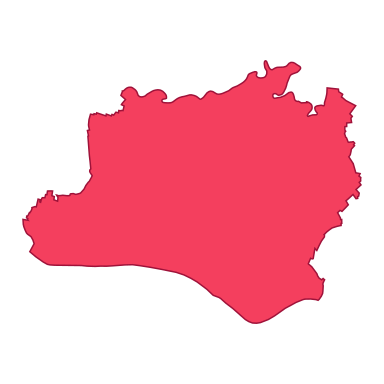 Dong Anh, Ha Noi, Vietnam
{"feature_id": "81297802B58266448529829", "entity_name": "Dong Anh", "entity_type": "district", "adm_level": 2, "iso_a3": "VNM", "parent_name": "Vietnam", "parent_adm1": "Ha Noi", "projection": "mercator", "projection_center": [105.849, 21.137], "detail": "fine", "context": "isolated", "style": "filled", "palette": "rose", "viewbox_px": 384, "rotation_deg": 0, "n_neighbors": 0, "source": "geoboundaries", "source_scale": "gbopen_adm2", "svg_char_len": 5822}
<svg xmlns="http://www.w3.org/2000/svg" viewBox="0 0 384 384"><path d="M132.6,264.7L140.2,265.7L150.4,267.3L160.2,269.1L176.1,272.3L183.9,274.9L190.7,278.2L197.2,282.0L206.9,289.3L213.2,295.3L219.1,297.5L220.9,298.7L225.9,303.2L232.6,308.3L245.3,319.5L248.8,321.6L252.5,323.0L256.6,323.2L260.4,322.6L268.4,319.5L274.5,315.9L285.2,308.3L296.1,302.4L303.0,299.6L305.0,299.1L310.6,299.0L316.0,299.6L318.1,300.3L319.2,299.3L321.3,296.3L322.6,293.5L322.9,291.1L323.2,285.8L322.9,284.2L323.1,283.0L324.2,280.5L324.6,279.8L323.1,278.5L321.7,279.8L319.2,278.2L317.7,276.0L316.9,273.7L311.8,266.8L309.7,265.0L308.5,264.2L308.3,263.7L310.6,258.3L311.4,258.7L312.3,258.9L312.9,258.8L313.2,258.6L314.9,248.4L316.8,250.5L319.4,245.0L321.4,241.1L324.4,236.9L324.5,234.9L324.1,234.6L326.8,231.9L329.7,229.6L332.2,227.9L336.9,226.4L339.9,225.7L341.1,225.5L341.1,223.4L341.8,223.3L341.7,219.5L340.6,219.6L340.4,217.9L337.6,212.7L340.0,210.4L342.0,211.4L345.8,207.5L348.3,204.8L346.0,200.8L348.0,199.1L353.0,194.5L356.0,198.7L357.7,198.4L357.6,196.6L358.7,196.1L359.2,193.1L356.0,189.5L361.0,184.9L359.2,182.3L360.7,181.0L360.6,179.2L360.8,177.5L359.0,176.1L360.1,173.6L355.8,172.8L353.2,163.6L348.8,156.8L349.7,155.7L350.3,154.6L351.1,151.0L351.2,149.7L351.5,149.0L354.5,145.7L353.6,144.8L354.7,143.2L354.2,142.6L353.3,141.7L352.4,141.8L351.7,142.0L350.5,142.0L348.8,142.3L348.1,142.0L346.6,138.0L346.1,137.4L345.7,137.2L345.5,136.7L345.1,135.1L344.6,134.1L344.5,133.7L344.9,133.0L344.9,132.2L345.1,131.8L345.7,131.4L345.7,131.2L345.2,130.7L344.9,130.0L344.8,127.0L344.9,126.6L346.7,126.5L346.7,123.0L351.6,122.5L351.0,119.0L351.0,118.4L351.1,117.9L352.3,116.4L351.9,115.9L349.8,113.8L355.7,105.7L348.0,101.7L345.8,100.5L342.8,97.9L342.2,97.5L341.8,97.4L341.5,97.0L342.7,94.3L342.5,94.1L338.8,91.8L338.7,91.5L338.4,89.1L327.1,87.9L326.9,92.9L326.6,94.8L325.9,98.0L325.3,100.0L324.5,102.7L324.4,104.9L324.2,105.4L324.0,105.7L323.5,105.8L321.7,105.3L320.6,105.3L317.0,105.9L315.6,106.6L315.0,107.2L314.8,107.8L314.9,108.8L315.3,110.3L316.2,111.8L317.1,112.8L317.3,113.5L317.1,114.2L316.6,114.7L315.9,114.8L312.7,114.9L309.3,115.9L308.6,116.3L308.2,116.4L307.7,116.2L307.4,115.6L307.7,114.7L308.6,113.2L310.7,110.9L311.5,109.8L312.0,108.7L312.1,107.3L312.0,106.0L311.4,104.6L310.8,103.9L309.3,102.8L307.9,102.1L307.4,101.9L306.7,101.8L306.9,102.6L301.3,102.9L298.5,101.3L297.2,101.4L296.6,101.2L295.8,100.8L295.1,100.2L294.6,99.3L294.1,96.7L293.4,94.3L292.6,92.9L291.9,92.3L291.5,92.2L291.0,92.1L288.8,92.6L284.8,95.6L280.6,97.3L277.3,97.8L274.9,98.3L274.5,98.3L274.1,98.1L273.6,97.8L273.2,97.2L272.8,96.2L272.9,94.9L273.3,94.1L273.9,93.8L274.8,93.6L275.9,93.8L276.7,94.2L277.6,94.9L278.7,95.3L279.9,95.0L281.4,94.6L282.5,93.8L283.6,92.3L285.7,88.1L286.5,85.6L287.1,83.1L289.8,76.3L290.5,75.3L291.4,74.5L293.2,73.7L297.1,72.3L298.6,71.1L299.9,69.6L300.5,68.7L300.6,67.9L300.3,67.1L299.7,66.4L297.4,65.0L294.9,63.3L293.4,62.6L291.9,62.4L290.9,62.4L290.1,62.8L289.0,63.4L287.7,64.9L286.5,66.1L285.3,66.6L283.3,67.1L278.0,67.3L276.9,67.4L275.0,68.1L272.3,69.7L271.7,69.7L271.1,69.6L270.3,69.1L269.6,68.4L268.7,66.7L266.6,61.5L266.1,61.0L265.6,60.8L265.0,61.0L264.6,61.5L264.4,62.4L264.3,63.8L264.7,66.6L264.9,67.7L265.5,68.9L266.5,70.5L266.8,71.3L266.8,72.8L266.7,74.1L265.5,76.5L264.2,77.4L262.7,77.8L260.7,78.0L259.2,77.8L258.1,77.5L257.1,76.8L256.7,76.3L256.4,75.6L256.4,75.0L256.9,73.3L256.9,72.7L256.7,72.2L256.1,71.8L254.9,71.7L252.8,72.3L249.9,73.5L248.8,74.2L248.2,75.0L247.4,77.1L246.3,79.2L245.0,80.7L243.4,82.2L241.3,83.6L237.4,85.9L233.1,87.6L231.9,88.3L228.8,90.7L223.1,93.2L221.3,93.8L219.2,94.2L218.4,94.2L217.0,94.0L215.8,93.4L213.0,91.7L212.1,91.4L210.5,91.1L209.8,91.3L208.9,91.6L207.0,92.9L203.6,97.2L202.5,98.1L200.8,99.2L200.4,99.2L199.8,99.0L197.0,96.8L196.0,96.2L194.2,95.5L191.6,94.9L189.8,94.9L188.2,95.3L186.9,95.7L184.2,96.4L182.0,96.8L179.4,97.6L177.4,98.6L175.8,99.7L173.0,101.8L171.9,102.4L170.3,102.8L168.0,102.9L165.7,102.8L163.8,102.6L162.8,102.3L162.3,101.9L161.9,101.1L161.9,100.3L162.3,99.7L163.0,99.2L165.6,98.7L166.4,98.3L166.5,97.1L166.3,95.8L165.9,94.8L165.1,93.7L164.3,92.8L162.7,91.3L160.6,90.2L159.0,89.9L157.6,89.8L155.5,90.1L153.6,90.6L151.9,91.4L147.5,94.0L146.4,94.8L145.5,95.8L143.8,96.5L142.1,96.9L141.0,96.9L139.6,96.6L138.2,95.4L137.9,94.7L137.5,93.6L136.8,91.8L135.9,90.5L134.9,89.5L132.5,87.8L131.4,87.3L130.0,87.2L128.3,87.4L126.9,88.0L125.4,89.1L123.8,90.6L123.1,90.9L122.3,91.0L122.4,91.6L120.9,95.4L125.5,99.5L122.1,103.5L121.4,104.7L124.1,106.0L123.0,110.6L121.8,110.4L121.1,110.7L120.3,110.7L118.8,110.5L118.5,112.8L115.9,112.2L113.7,115.1L112.0,114.4L111.3,115.9L106.3,114.1L105.9,115.9L96.7,112.8L96.3,114.1L94.0,113.7L93.8,114.7L90.5,114.2L89.0,119.6L88.5,124.7L88.6,126.1L89.5,130.0L87.4,130.5L88.5,135.9L87.9,136.2L89.4,155.6L90.1,161.7L90.8,168.9L89.8,170.1L89.7,171.3L90.1,172.5L92.2,175.7L91.3,177.6L89.3,181.3L88.3,182.2L85.9,185.4L84.0,189.2L80.7,192.9L80.0,193.3L78.7,193.7L76.2,194.3L75.3,194.3L73.5,193.6L72.9,193.6L70.7,193.8L70.3,194.0L70.1,194.4L69.9,195.3L69.8,195.5L68.5,195.7L66.9,195.7L63.2,195.3L62.2,195.3L61.1,195.5L58.4,195.7L57.4,195.3L56.6,195.1L58.0,197.5L57.6,201.2L53.9,199.8L54.3,196.6L51.9,195.7L52.6,191.0L51.2,190.9L47.5,191.0L46.9,194.7L45.6,194.6L44.9,197.7L42.3,197.7L41.8,198.4L41.3,199.6L40.6,202.3L39.8,201.9L40.2,199.7L38.1,199.1L36.3,206.8L34.9,206.6L31.9,207.6L32.0,208.5L31.3,210.5L30.6,211.6L29.8,212.8L29.4,212.6L28.1,215.3L27.4,216.2L26.7,216.1L26.7,216.7L26.5,217.5L26.5,217.9L27.8,218.5L27.7,219.6L27.4,219.9L27.7,220.2L23.0,219.4L23.3,224.4L23.9,226.9L25.3,230.5L26.5,233.0L27.6,234.2L31.0,236.6L32.9,240.0L34.1,243.7L29.8,251.7L35.7,256.7L43.2,262.0L47.3,264.3L50.0,264.9L54.7,265.2L81.3,265.5L87.0,266.1L95.2,266.4L100.7,266.1L106.4,266.2L113.0,265.8L124.9,264.9L132.6,264.7Z" fill="#f43f5e" stroke="#9f1239" stroke-width="1.5"/></svg>